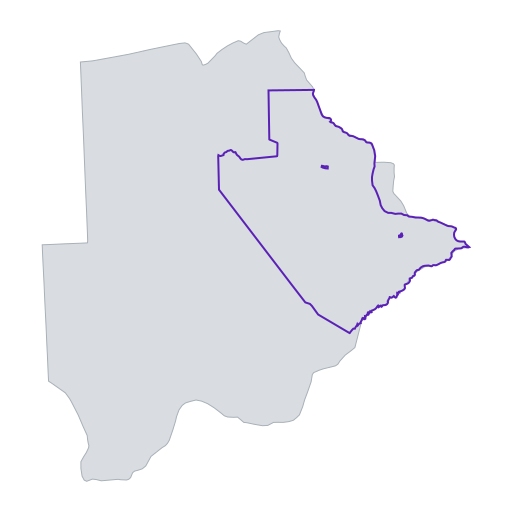 Botswana, with Central highlighted
{"feature_id": "BWA-2630", "entity_name": "Central", "entity_type": "District", "adm_level": 1, "iso_a3": "BWA", "parent_name": "Botswana", "parent_adm1": "", "projection": "albers", "projection_center": [27.183, -21.474], "detail": "fine", "context": "in_parent", "style": "outline", "palette": "violet", "viewbox_px": 512, "rotation_deg": 0, "n_neighbors": 0, "source": "natural_earth", "source_scale": "10m", "svg_char_len": 7907}
<svg xmlns="http://www.w3.org/2000/svg" viewBox="0 0 512 512"><path d="M280.3,31.0L279.4,33.4L278.7,37.0L279.6,39.6L281.5,43.1L284.3,46.2L286.3,48.0L288.8,52.6L291.4,58.3L294.6,62.7L304.2,72.8L305.3,76.4L306.6,80.0L312.6,86.9L313.6,89.2L313.2,93.9L319.4,108.1L323.5,116.3L326.9,117.8L337.7,126.6L347.2,133.6L358.2,138.4L366.3,141.5L370.3,143.8L372.3,146.0L373.9,150.3L374.7,157.7L375.0,162.4L383.7,162.2L390.8,162.7L393.4,163.7L394.3,165.0L394.1,168.2L394.1,172.8L394.5,176.6L393.7,180.6L393.2,185.4L392.8,191.3L393.9,193.6L400.8,201.0L403.7,205.8L406.7,213.1L408.5,215.4L409.9,216.4L416.2,217.2L432.1,220.4L442.0,223.2L449.8,226.2L453.0,227.0L454.6,227.8L455.1,228.5L454.1,234.8L454.4,236.8L455.3,238.7L456.6,240.1L458.2,241.0L464.1,241.8L467.6,245.7L469.8,247.5L459.1,248.3L453.8,251.5L450.6,257.2L445.8,261.3L439.2,263.9L432.2,265.7L424.9,266.7L417.1,271.5L408.8,280.4L404.6,285.9L404.4,288.2L402.5,290.2L399.0,291.8L397.0,293.8L396.5,296.2L394.6,297.3L391.3,297.2L389.0,298.9L387.7,302.4L384.8,304.6L380.3,305.3L376.4,307.3L373.1,310.6L370.6,312.2L368.9,312.3L366.1,314.9L361.7,321.1L360.9,324.0L354.9,347.5L351.6,350.3L345.2,355.1L340.0,360.9L337.8,364.3L335.3,365.9L323.4,368.8L319.0,370.3L313.7,372.6L312.3,374.6L311.1,381.8L307.5,392.2L304.6,399.9L302.7,406.6L299.4,414.9L296.5,417.7L293.3,420.3L288.9,421.6L283.1,422.4L277.7,422.3L273.5,422.4L267.8,425.4L262.4,425.7L253.9,424.2L246.9,422.7L243.8,422.4L237.6,417.1L233.7,417.3L227.7,417.0L224.3,415.8L221.1,413.1L214.2,407.8L207.5,403.6L201.5,401.1L196.0,400.0L190.8,401.3L186.8,402.5L185.2,403.1L182.1,405.5L179.0,409.9L176.5,416.7L175.6,420.8L172.9,429.7L169.3,440.2L167.5,443.3L165.4,445.6L162.0,447.7L151.0,456.4L145.8,465.9L142.3,468.8L138.1,470.2L134.6,471.1L132.6,472.7L130.6,477.6L128.7,479.3L126.6,480.0L120.2,479.7L118.2,479.3L101.3,480.8L96.1,479.5L92.4,479.1L86.7,481.3L84.2,480.1L82.1,476.2L80.9,468.4L80.9,461.7L83.8,456.5L86.3,452.6L88.6,447.7L88.9,445.5L88.3,443.5L87.6,439.6L87.2,435.5L83.2,426.7L78.2,415.0L71.5,402.0L69.5,398.5L65.4,392.9L50.8,382.6L48.6,381.2L48.5,380.0L48.0,369.4L47.4,355.3L46.7,341.2L46.1,327.2L45.4,313.1L44.7,299.0L44.1,284.9L43.4,270.8L42.7,256.7L42.2,244.8L52.6,244.4L65.4,243.8L80.7,243.2L87.4,242.9L87.7,241.0L87.4,232.3L86.6,212.2L85.7,192.1L84.9,172.1L84.1,152.0L83.3,132.0L82.4,112.0L81.6,91.9L80.8,71.9L80.4,62.0L92.4,60.9L106.2,58.4L128.6,54.3L149.5,49.6L163.1,46.8L179.3,43.5L184.9,42.9L186.4,43.3L188.6,44.2L196.4,54.0L201.3,61.5L202.3,64.8L203.2,65.1L205.4,64.5L207.9,63.2L215.4,55.5L216.9,53.4L221.7,49.7L227.6,45.8L232.9,43.0L238.2,40.7L240.7,41.2L243.7,43.1L246.3,44.2L258.4,34.8L263.9,32.6L278.2,30.7L280.3,31.0Z" fill="#d9dde1" stroke="#a8b0b8" stroke-width="1"/><path d="M314.0,89.9L314.0,90.0L313.8,91.0L313.1,92.8L312.9,93.8L313.1,95.0L313.5,95.9L314.7,97.9L316.1,99.7L317.2,101.9L321.7,114.5L322.9,116.3L324.7,117.4L326.8,117.9L329.2,118.0L329.7,118.2L330.2,118.5L330.6,118.9L331.0,119.6L331.1,120.0L330.8,121.0L330.5,121.6L330.2,121.8L330.7,122.2L331.1,122.4L332.5,122.6L333.6,123.2L334.9,125.2L335.7,126.0L336.6,126.3L338.4,126.7L339.3,127.1L341.2,128.3L342.0,129.1L342.4,130.1L342.7,131.2L343.3,131.8L344.2,132.2L346.3,132.8L347.0,133.2L347.1,133.3L347.5,133.7L348.1,134.6L348.8,135.3L349.6,135.8L350.5,135.9L351.6,135.9L353.4,136.3L358.6,138.9L360.3,139.2L361.8,139.2L363.3,139.4L364.8,140.2L365.3,140.7L366.0,141.9L366.6,142.3L367.1,142.5L367.6,142.5L368.0,142.5L368.6,142.5L369.6,142.6L370.5,142.9L371.4,143.4L372.0,144.3L374.3,150.4L375.2,156.2L374.4,163.3L374.6,166.5L373.6,169.3L372.6,173.5L372.0,177.0L372.0,180.5L372.6,185.3L374.6,188.1L376.2,191.3L378.1,196.1L379.8,200.7L380.7,205.2L382.3,208.3L384.6,211.1L388.2,212.9L391.4,212.9L395.3,213.9L398.2,213.6L401.4,213.6L404.0,215.0L407.4,215.3L408.0,215.9L408.6,216.4L409.4,216.6L412.0,216.8L415.4,217.5L420.9,217.6L422.6,218.0L424.4,218.6L428.1,220.6L429.1,220.8L429.8,220.7L430.6,220.4L432.2,220.0L432.7,219.7L433.2,219.7L434.6,220.1L436.0,220.2L436.6,220.4L438.4,221.8L440.4,222.5L447.1,225.7L448.5,226.1L451.3,226.3L452.6,226.7L453.4,227.2L455.2,227.8L456.0,228.4L456.1,229.4L455.5,230.5L454.7,231.7L454.2,232.7L454.0,234.8L454.3,236.9L455.2,238.8L456.5,240.3L458.2,241.2L459.9,241.5L464.2,241.5L464.4,241.6L464.9,242.2L465.1,242.6L465.4,243.6L465.7,244.1L469.2,247.1L468.3,247.4L467.0,247.3L464.5,246.7L463.3,246.8L462.4,247.4L461.7,248.1L460.9,248.4L455.4,248.6L455.0,248.8L454.0,250.1L454.0,250.3L453.3,250.7L452.4,251.6L451.3,253.0L451.7,256.4L451.4,257.0L451.0,257.4L449.9,259.4L449.1,260.0L447.1,259.8L446.1,259.8L445.6,260.5L445.4,261.4L444.7,261.9L443.8,262.2L442.8,262.3L440.8,262.9L437.5,264.7L435.9,265.3L434.7,265.2L433.8,265.1L433.0,265.2L432.0,266.1L431.3,266.3L428.5,265.5L424.7,265.8L423.0,266.2L421.3,267.2L420.6,267.7L418.9,269.7L418.5,269.9L417.4,270.0L416.9,270.2L416.5,270.5L415.0,272.3L414.8,272.7L414.7,273.4L414.8,274.0L414.9,274.4L414.9,274.7L414.6,275.4L414.2,275.8L413.7,275.9L413.2,276.0L412.9,276.2L412.7,276.5L412.4,277.3L412.2,277.6L411.6,277.9L410.5,278.2L409.7,278.5L409.6,279.1L410.0,280.1L409.8,281.2L409.2,282.2L408.5,283.0L407.9,283.4L407.0,283.8L406.1,284.1L405.2,284.3L404.7,284.8L404.7,285.9L405.0,288.0L404.3,289.3L402.7,290.4L400.9,291.2L399.1,291.7L399.4,292.6L398.7,292.8L397.7,292.8L397.2,292.7L397.1,293.1L397.3,293.4L397.5,293.8L397.6,294.0L397.8,294.4L397.9,294.6L397.7,294.7L397.3,295.0L397.2,295.0L396.6,296.9L396.3,297.4L395.6,297.7L395.0,297.4L393.8,296.0L392.0,297.5L391.5,297.7L390.9,297.5L390.2,297.2L389.7,297.1L389.3,298.5L388.5,299.5L388.3,300.2L388.2,300.5L388.1,300.8L388.0,301.0L387.8,301.1L387.7,301.2L387.8,301.5L387.9,301.9L388.0,302.2L387.7,303.3L387.0,304.2L386.1,304.8L385.1,305.1L383.3,305.2L382.7,305.4L382.3,305.9L381.9,306.5L381.4,306.8L380.8,306.4L381.1,305.7L380.8,305.6L380.1,305.8L379.6,306.1L379.4,306.4L379.0,307.0L378.6,307.2L378.0,305.7L377.4,306.3L376.3,308.0L375.6,308.7L374.8,309.3L373.1,310.1L371.4,310.7L370.9,311.2L371.5,312.2L371.1,312.4L370.7,312.4L370.3,312.2L370.0,311.8L369.9,312.1L369.5,312.5L369.3,312.9L369.0,312.4L368.5,312.2L368.0,312.3L367.8,312.7L368.0,313.3L368.4,313.6L368.6,313.9L368.4,314.5L367.9,314.2L367.4,314.2L366.9,314.6L366.6,315.2L366.9,315.2L366.1,315.8L365.8,316.1L365.7,316.5L365.3,316.3L365.0,316.2L365.1,317.2L365.4,318.0L365.4,318.7L364.7,319.2L364.0,319.2L363.6,318.7L363.4,318.1L362.9,317.9L362.4,318.2L361.7,320.2L360.8,321.8L360.6,322.7L360.7,323.2L360.4,323.3L359.6,323.4L359.0,323.9L357.9,325.3L357.8,325.0L357.4,324.5L357.3,324.3L357.0,325.2L356.5,325.9L355.5,327.3L355.3,327.7L355.0,328.4L354.9,328.7L354.5,328.7L353.7,328.6L353.3,328.7L352.2,329.8L350.1,332.4L350.0,332.5L349.9,332.8L349.8,333.0L349.6,333.1L318.1,314.5L311.9,305.9L309.9,303.9L305.9,302.6L305.3,302.4L305.0,302.0L291.5,284.5L219.0,189.7L218.2,156.1L218.4,155.1L219.6,155.8L220.2,156.0L220.7,156.0L223.5,155.1L223.6,154.9L223.6,154.6L223.5,154.3L223.5,154.1L224.5,152.8L224.9,152.5L225.3,152.3L225.9,152.2L226.4,152.0L227.2,151.2L227.6,150.9L229.4,150.6L230.0,150.3L230.4,150.1L230.9,150.0L231.6,150.4L232.1,150.8L233.3,152.1L234.2,152.4L234.8,152.1L235.4,152.1L236.7,154.6L237.4,155.3L239.2,156.7L240.5,158.6L241.3,159.4L242.4,159.8L243.3,159.7L244.9,159.1L245.9,159.1L246.6,159.2L247.1,159.2L276.6,156.3L277.1,156.1L277.2,155.7L277.3,155.1L277.5,143.6L277.4,143.1L277.2,142.8L269.5,139.6L269.4,139.5L269.3,139.4L268.5,90.4L269.0,90.4L313.9,89.9L314.0,89.9ZM325.0,166.5L322.7,165.9L321.9,165.8L321.6,167.0L322.8,167.6L325.3,168.3L327.7,168.5L327.8,166.5L326.8,166.2L325.7,166.3L325.0,166.5ZM400.6,237.1L401.0,237.0L401.4,236.8L402.0,236.5L402.2,236.1L402.2,235.6L402.4,235.4L402.3,235.2L401.9,235.0L402.0,234.5L402.0,234.1L401.9,233.6L401.7,233.4L401.2,233.6L401.0,234.0L400.9,234.4L400.6,234.8L400.6,235.2L400.1,235.5L399.8,235.5L399.5,235.4L399.0,235.6L399.0,235.9L399.1,236.0L399.2,236.3L399.0,236.6L399.0,236.9L399.1,237.2L399.6,237.1L400.0,236.8L400.3,236.8L400.6,237.1Z" fill="none" stroke="#5b21b6" stroke-width="2"/></svg>